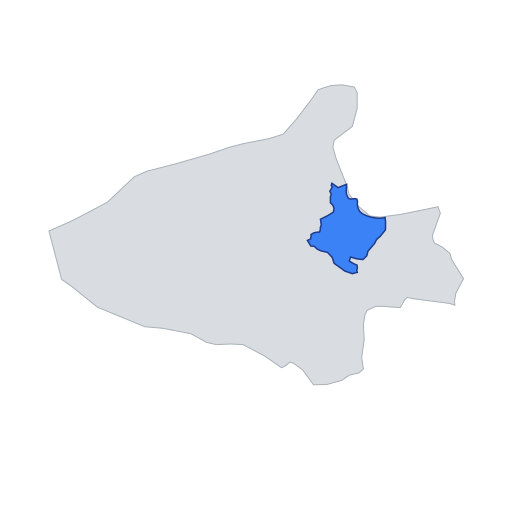 location of Ngozi within Burundi, rotated 74°
{"feature_id": "BDI-2642", "entity_name": "Ngozi", "entity_type": "Province", "adm_level": 1, "iso_a3": "BDI", "parent_name": "Burundi", "parent_adm1": "", "projection": "robinson", "projection_center": [29.883, -2.862], "detail": "fine", "context": "in_parent", "style": "filled", "palette": "blue", "viewbox_px": 512, "rotation_deg": 74, "n_neighbors": 0, "source": "natural_earth", "source_scale": "10m", "svg_char_len": 2006}
<svg xmlns="http://www.w3.org/2000/svg" viewBox="0 0 512 512"><g transform="rotate(74 256 256)"><path d="M358.1,78.4L354.9,83.1L340.3,116.9L337.5,122.0L339.1,125.1L345.3,131.5L341.6,142.1L340.2,145.0L337.4,154.9L338.9,164.0L342.4,167.4L351.9,171.8L366.1,175.0L382.9,182.5L394.2,183.9L396.8,189.4L396.3,199.1L399.1,207.6L399.1,222.8L395.7,236.2L378.5,242.5L369.6,249.3L367.2,252.7L369.4,256.8L370.5,262.2L354.3,275.5L337.6,292.9L333.6,304.6L330.3,318.5L325.4,327.3L312.7,340.1L299.7,365.8L293.3,382.5L261.5,422.5L233.2,442.5L225.0,449.3L174.9,448.1L171.1,421.1L163.4,384.3L146.2,351.0L144.4,337.1L145.2,310.2L145.2,272.5L144.1,252.2L144.5,237.4L146.7,211.7L146.4,196.3L135.0,178.6L120.9,159.7L113.3,150.5L112.9,143.0L112.9,136.2L115.2,126.1L120.7,114.9L126.9,113.7L142.1,118.1L157.9,127.6L166.3,149.0L172.8,152.1L184.5,152.1L214.4,149.2L221.8,149.6L235.4,144.5L248.9,135.5L252.8,126.1L255.9,105.2L258.8,67.5L265.7,67.0L284.5,80.5L288.6,81.4L292.6,80.9L299.1,74.2L307.1,68.8L313.1,69.0L335.0,62.7L346.7,74.1L354.1,77.6L358.1,78.4Z" fill="#d9dde1" stroke="#a8b0b8" stroke-width="1"/><path d="M238.6,144.7L241.8,144.0L244.8,142.0L248.1,138.2L250.2,135.0L252.1,131.2L253.6,127.3L254.5,123.3L254.6,121.3L258.7,122.0L266.5,124.3L271.2,131.0L273.4,135.5L276.7,138.7L282.3,147.1L286.3,149.4L288.9,154.2L286.5,159.9L283.0,165.5L286.7,167.7L290.4,164.1L292.6,161.4L295.3,161.8L297.4,163.1L299.7,163.1L299.5,165.7L299.6,168.2L295.0,174.7L284.6,182.9L278.5,183.1L272.3,186.2L268.8,192.4L266.1,195.4L262.8,197.3L261.5,200.6L255.2,202.3L254.7,198.9L252.0,197.5L250.5,197.2L249.7,194.1L249.9,190.8L250.5,188.4L248.8,187.1L246.4,186.3L244.1,184.7L238.4,183.9L236.9,175.7L235.1,169.5L231.8,167.9L228.6,168.0L225.4,169.8L219.6,168.2L217.8,166.8L216.0,166.8L214.1,167.2L210.7,163.6L208.9,164.2L207.0,163.0L212.9,158.2L212.1,150.1L212.1,149.1L218.7,151.5L221.7,152.0L225.3,151.5L226.8,150.5L227.5,148.8L228.1,145.0L229.2,143.3L231.1,143.3L234.6,144.5L238.6,144.7Z" fill="#3b82f6" stroke="#1e3a8a" stroke-width="1.5"/></g></svg>